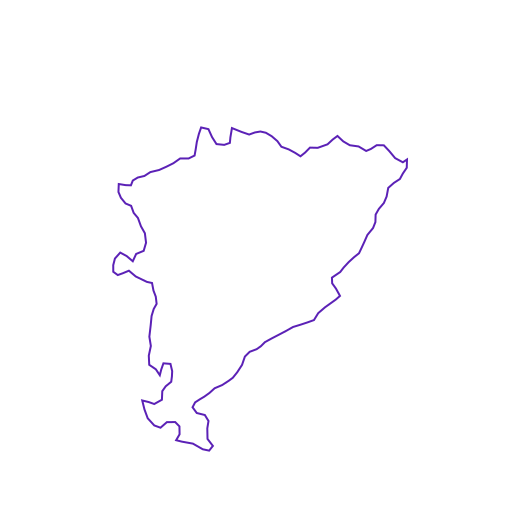 São Sebastião da Bela Vista, Minas Gerais, Brazil (Robinson projection), rotated 327°
{"feature_id": "56859067B55755332665387", "entity_name": "São Sebastião da Bela Vista", "entity_type": "district", "adm_level": 2, "iso_a3": "BRA", "parent_name": "Brazil", "parent_adm1": "Minas Gerais", "projection": "robinson", "projection_center": [-45.786, -22.166], "detail": "fine", "context": "isolated", "style": "outline", "palette": "violet", "viewbox_px": 512, "rotation_deg": 327, "n_neighbors": 0, "source": "geoboundaries", "source_scale": "gbopen_adm2", "svg_char_len": 2180}
<svg xmlns="http://www.w3.org/2000/svg" viewBox="0 0 512 512"><g transform="rotate(327 256 256)"><path d="M305.5,135.6L299.1,142.6L295.7,146.9L289.9,145.5L283.8,140.6L283.9,132.3L285.2,123.7L280.0,118.3L274.6,122.5L268.5,128.1L263.6,133.6L259.2,138.3L252.6,137.5L245.5,132.9L237.2,133.2L229.3,132.3L221.6,131.1L213.1,128.1L206.0,128.1L199.6,125.8L193.8,125.6L189.6,128.6L185.3,125.6L180.1,120.9L175.5,127.4L174.4,133.6L175.2,140.9L178.6,145.9L176.9,153.2L177.7,159.8L175.7,168.4L175.2,176.4L171.0,185.0L164.6,190.5L156.6,189.0L149.8,193.3L147.5,185.6L144.0,179.2L136.3,181.3L131.3,185.9L127.7,191.5L129.7,196.7L134.8,197.9L141.4,199.1L144.0,207.7L150.4,218.3L154.1,222.0L151.2,229.1L149.8,235.5L146.6,242.0L141.4,244.7L135.8,249.4L129.9,256.8L122.6,265.6L118.8,274.2L111.8,281.2L107.2,289.1L110.3,296.5L110.4,303.6L114.7,299.6L119.9,295.6L125.5,299.9L123.0,306.9L119.9,311.2L116.4,315.3L109.3,316.1L103.8,318.3L98.8,325.3L90.0,324.7L86.6,320.2L81.9,315.2L78.9,323.9L76.8,333.1L78.4,342.7L82.4,348.0L90.8,346.8L97.8,351.3L99.0,357.2L94.8,363.9L88.7,367.0L92.7,371.3L100.9,379.0L106.1,389.1L110.7,393.7L116.4,391.8L115.7,383.0L121.3,374.0L126.3,368.5L126.5,361.5L120.8,355.4L120.4,348.3L125.2,345.6L131.0,345.6L136.0,345.8L142.4,345.5L149.3,344.4L157.3,345.8L165.2,345.8L170.2,345.5L176.9,343.3L185.0,339.7L191.9,334.3L198.5,332.9L205.8,334.5L211.0,334.3L216.6,333.1L224.5,333.7L232.7,334.5L240.3,335.2L248.4,335.7L255.7,337.8L262.9,339.7L269.7,341.3L277.1,337.8L286.1,336.6L292.8,336.3L299.2,336.0L304.7,335.2L305.3,326.9L305.0,320.4L307.9,315.5L317.9,315.3L323.3,313.4L330.4,311.6L337.6,310.4L343.9,309.8L349.1,306.6L354.5,303.2L360.9,299.0L369.4,296.3L374.6,292.6L378.9,286.4L384.7,283.4L392.1,281.2L397.9,277.3L404.0,270.9L411.5,269.8L418.6,269.8L424.1,266.8L430.5,264.1L435.2,257.3L430.2,257.4L426.0,249.7L424.9,240.5L423.5,232.8L417.6,228.8L410.6,228.8L405.6,227.9L401.7,220.0L395.0,214.2L391.6,207.4L389.7,199.7L383.8,200.1L376.8,201.3L366.7,198.9L360.3,194.5L353.5,196.0L347.6,196.6L345.0,190.8L341.5,184.4L336.8,178.2L336.5,171.3L334.4,164.1L331.4,158.0L327.5,154.0L322.4,151.8L316.4,150.4L311.4,144.0L305.5,135.6Z" fill="none" stroke="#5b21b6" stroke-width="2"/></g></svg>